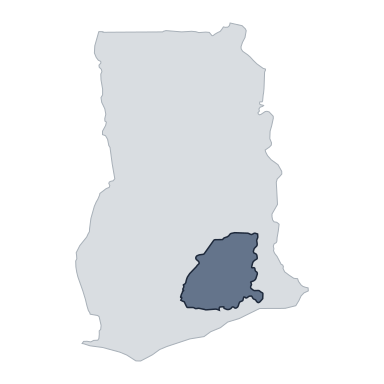 Eastern highlighted on a map of Ghana
{"feature_id": "GHA-2161", "entity_name": "Eastern", "entity_type": "Region", "adm_level": 1, "iso_a3": "GHA", "parent_name": "Ghana", "parent_adm1": "", "projection": "orthographic", "projection_center": [-0.365, 6.459], "detail": "fine", "context": "in_parent", "style": "filled", "palette": "slate", "viewbox_px": 384, "rotation_deg": 0, "n_neighbors": 0, "source": "natural_earth", "source_scale": "10m", "svg_char_len": 6567}
<svg xmlns="http://www.w3.org/2000/svg" viewBox="0 0 384 384"><path d="M242.1,25.7L245.4,28.9L246.2,30.7L245.0,37.5L242.5,42.3L241.0,46.8L241.2,49.0L242.7,51.3L247.7,54.8L250.3,57.1L253.4,60.5L256.9,63.9L263.0,68.3L265.5,69.1L265.4,70.3L264.6,72.0L264.0,88.5L263.6,92.7L263.2,94.8L262.6,101.0L262.0,101.9L260.8,101.8L259.8,102.0L259.5,103.2L260.0,104.5L263.6,105.4L262.8,106.3L260.1,107.2L258.9,109.0L259.4,111.1L257.9,112.8L258.3,113.9L259.3,114.8L260.8,114.5L265.1,111.6L266.9,111.3L269.1,111.9L273.2,116.2L273.3,118.3L271.7,125.6L270.1,131.2L269.8,138.6L271.5,142.8L271.3,145.1L269.4,147.1L265.2,150.0L265.6,151.9L267.5,155.6L271.1,159.7L278.0,164.7L281.7,171.3L281.8,174.0L279.6,176.6L277.2,179.0L276.3,182.3L277.5,204.4L272.0,214.0L272.0,216.7L272.6,219.9L274.0,221.8L276.8,222.3L279.1,224.2L278.3,230.9L277.1,237.7L276.9,241.1L276.3,242.6L274.1,243.9L273.3,246.1L273.9,248.8L273.5,250.7L274.6,253.3L277.1,256.5L281.2,264.4L282.7,265.0L283.4,266.7L283.0,268.3L284.6,271.8L289.1,275.2L293.8,278.3L297.6,278.7L298.5,281.4L301.0,284.9L302.9,286.4L305.8,287.4L308.1,287.9L308.3,290.9L304.0,292.9L301.1,295.9L298.9,300.6L295.8,305.7L285.3,308.3L281.2,308.4L259.6,308.5L239.3,318.5L227.6,322.1L220.4,327.7L210.7,331.7L204.0,336.6L189.9,338.9L166.9,346.5L159.7,349.5L152.4,354.8L140.6,361.0L135.9,360.9L126.7,355.0L119.7,352.1L102.7,347.5L90.0,345.8L83.8,343.8L82.1,343.5L83.6,341.4L87.1,341.3L90.8,341.9L93.7,340.4L97.8,340.2L98.9,338.5L99.3,334.3L99.2,330.9L100.7,329.4L101.1,325.4L99.1,316.6L97.6,315.5L90.2,314.2L89.7,312.5L88.4,310.6L87.0,306.0L85.4,299.3L82.8,290.8L77.9,276.9L76.7,272.0L75.9,267.0L75.7,261.0L76.8,258.8L76.6,255.7L76.2,252.7L79.8,245.6L86.7,237.0L88.1,233.9L89.4,231.7L89.6,228.6L90.9,218.5L94.3,206.4L96.3,201.8L97.8,199.3L99.5,195.3L99.9,193.4L106.2,188.6L109.2,187.4L109.8,185.5L108.8,183.4L109.3,182.0L110.8,181.3L113.1,180.8L114.8,178.8L112.2,163.8L110.2,148.8L110.1,147.6L108.8,145.5L107.6,139.3L105.5,135.7L102.5,134.6L102.5,131.2L105.6,125.5L106.4,122.1L104.9,121.1L104.8,118.5L105.8,114.2L105.3,111.6L104.8,108.8L101.7,102.3L101.0,97.6L102.6,94.9L102.6,89.0L101.0,79.8L100.8,74.1L101.9,71.7L101.4,69.4L99.2,67.2L99.0,65.1L100.9,63.0L100.7,61.4L98.3,60.2L96.2,57.4L94.4,53.0L94.8,45.8L98.5,32.7L98.9,31.6L103.0,31.7L103.0,32.3L115.6,32.2L129.9,32.1L147.1,32.0L162.7,31.9L163.4,31.3L166.0,30.6L181.7,31.9L191.6,31.3L195.8,31.7L198.8,32.6L205.7,32.1L209.3,32.4L212.0,35.7L213.1,35.6L214.7,34.3L217.4,32.7L220.2,31.4L222.1,28.9L223.4,26.9L225.2,27.3L227.7,27.2L229.5,25.6L230.1,23.0L242.1,25.7Z" fill="#d9dde1" stroke="#a8b0b8" stroke-width="1"/><path d="M180.9,297.3L180.7,297.3L180.6,297.1L180.6,296.9L180.7,296.7L181.0,296.0L181.0,295.7L181.1,295.3L181.5,294.2L181.9,293.4L182.1,293.1L182.5,291.9L182.5,291.6L182.6,291.3L182.8,291.1L183.4,290.9L183.6,290.7L183.6,290.4L183.5,290.2L183.3,290.0L183.1,290.0L182.9,289.8L183.0,289.3L182.9,289.1L182.9,288.9L183.0,288.6L183.6,287.6L183.7,287.1L183.8,286.5L183.8,286.2L183.8,285.9L183.7,285.6L183.5,285.4L183.4,285.2L183.4,284.8L184.6,284.1L185.0,283.8L185.2,283.6L185.4,283.3L185.7,282.7L185.9,282.3L186.0,281.5L186.6,279.2L187.4,277.1L189.7,273.6L196.5,266.5L196.7,266.2L196.9,265.9L197.1,265.5L198.6,264.1L199.0,263.6L199.1,263.3L199.2,263.1L199.1,262.8L199.0,262.3L198.8,261.8L198.5,261.4L198.3,261.2L198.1,261.0L196.9,260.0L196.6,259.7L196.2,259.3L196.0,258.8L195.9,258.6L195.8,258.3L195.8,258.0L195.8,257.7L196.0,257.1L196.2,256.6L196.5,256.2L197.0,255.8L198.3,255.2L199.5,254.8L203.3,254.3L203.5,254.2L203.9,254.0L204.3,253.6L213.7,240.4L214.3,239.9L215.1,239.7L222.1,239.6L222.6,239.5L223.2,238.8L223.4,238.6L223.7,238.2L224.1,238.0L224.7,237.7L227.3,236.8L227.9,236.4L228.6,235.9L228.9,235.6L229.9,234.3L230.3,233.9L230.7,233.6L231.7,233.3L234.7,232.7L247.9,233.2L248.5,233.4L249.0,233.6L250.2,234.2L250.8,234.4L251.2,234.5L251.6,234.5L251.9,234.4L252.7,234.1L253.6,233.5L254.4,233.2L254.8,233.2L255.1,233.2L257.6,234.0L257.8,236.9L257.7,237.8L257.6,238.0L257.2,238.9L256.8,240.0L256.7,240.6L256.7,241.0L256.8,241.3L257.0,242.5L257.2,244.0L257.1,244.9L257.0,245.4L256.9,245.7L256.4,246.3L255.7,247.0L254.6,248.1L254.3,248.5L254.0,249.1L253.6,250.5L253.4,251.2L253.4,251.7L253.6,252.3L253.8,252.7L254.0,252.9L254.1,253.1L254.4,253.2L255.2,253.5L255.7,253.7L256.1,254.1L256.4,254.4L256.7,254.9L256.9,255.4L257.2,257.6L257.2,258.2L257.1,258.7L256.9,258.9L256.8,259.0L254.7,260.3L253.8,261.1L253.6,261.3L253.5,261.5L253.3,261.7L253.1,261.9L253.0,262.1L252.7,262.7L251.9,265.8L251.7,266.8L251.7,267.5L251.9,267.7L252.1,267.8L253.7,267.7L254.0,267.7L254.2,267.8L254.4,267.9L254.6,268.1L254.8,268.3L254.9,268.9L255.1,270.1L255.2,270.4L255.3,270.7L255.6,271.1L255.9,271.5L256.6,271.9L256.8,272.1L257.1,272.5L257.3,273.2L257.3,273.7L257.3,274.1L255.8,278.8L255.6,279.0L255.3,279.5L255.2,279.7L255.0,279.8L254.2,280.5L253.3,281.0L250.9,281.9L250.7,282.2L251.0,282.7L251.3,283.8L251.5,284.7L251.2,285.3L250.8,286.0L250.6,287.0L250.7,287.9L251.0,288.4L253.5,290.3L254.4,290.6L258.0,290.5L259.0,290.6L259.6,291.0L260.7,291.9L262.6,293.0L262.8,293.4L262.9,293.8L262.7,298.7L260.5,301.2L259.7,302.0L259.0,302.4L258.7,302.5L258.3,302.6L257.9,302.5L257.6,302.4L257.4,302.3L256.9,301.7L256.5,301.4L255.9,300.3L255.7,300.1L255.5,299.8L254.0,299.2L253.8,299.1L253.4,298.8L253.0,298.4L252.7,298.0L252.0,296.6L251.8,296.3L251.5,296.1L250.8,296.1L250.0,296.1L249.4,296.2L249.0,296.3L247.2,297.6L246.5,297.9L246.1,298.0L245.9,298.0L245.4,297.5L245.1,297.3L244.8,297.2L244.2,297.0L243.9,297.0L243.7,297.2L242.9,300.3L242.7,300.6L242.3,300.9L240.1,301.8L239.8,302.0L239.6,302.3L239.0,303.5L238.4,305.5L237.9,306.6L237.8,306.8L237.6,307.0L237.4,307.2L237.0,307.5L236.2,308.0L235.8,308.1L235.4,308.1L234.8,308.0L234.4,307.7L234.2,307.5L234.0,307.3L233.7,307.1L233.4,307.0L232.8,306.9L232.4,307.0L232.1,307.1L231.1,308.3L230.8,308.6L230.4,308.8L229.5,309.3L229.0,309.4L228.5,309.5L227.2,309.5L226.7,309.4L225.7,309.0L225.5,308.9L224.7,308.6L224.2,308.4L224.0,308.2L223.9,307.9L223.9,307.0L223.6,306.8L223.0,306.8L220.7,306.9L220.2,307.0L219.8,307.2L219.6,307.2L219.5,307.3L219.4,307.5L219.1,308.8L219.1,309.3L219.1,309.6L219.2,309.8L219.3,310.2L216.9,309.3L215.5,309.1L206.7,309.8L205.5,309.8L204.9,309.6L204.7,309.5L199.5,308.4L198.5,308.3L197.9,308.3L197.3,308.5L196.0,308.6L195.5,308.6L195.2,308.5L194.6,308.1L194.2,307.9L193.5,307.6L193.0,307.5L192.6,307.5L188.1,307.5L187.6,307.5L187.2,307.4L186.8,307.0L186.1,305.7L184.4,302.1L184.3,301.9L184.0,301.7L182.5,301.1L180.8,300.2L181.7,298.3L181.7,297.6L181.6,297.4L181.4,297.3L181.1,297.2L180.9,297.3Z" fill="#64748b" stroke="#1e293b" stroke-width="1.5"/></svg>